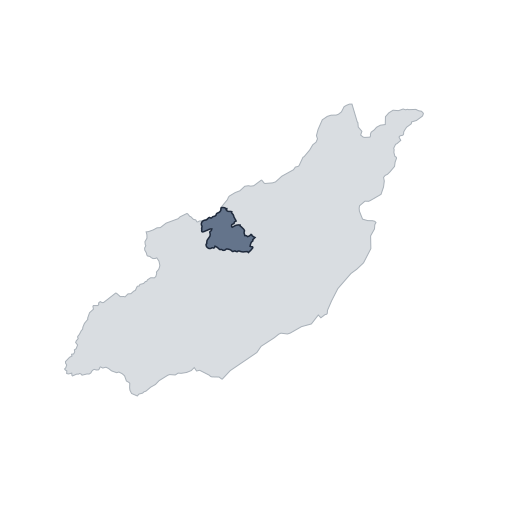 Bulgan highlighted on a map of Mongolia, rotated 319°
{"feature_id": "MNG-3323", "entity_name": "Bulgan", "entity_type": "Province", "adm_level": 1, "iso_a3": "MNG", "parent_name": "Mongolia", "parent_adm1": "", "projection": "robinson", "projection_center": [103.32, 48.825], "detail": "fine", "context": "in_parent", "style": "filled", "palette": "slate", "viewbox_px": 512, "rotation_deg": 319, "n_neighbors": 0, "source": "natural_earth", "source_scale": "10m", "svg_char_len": 7226}
<svg xmlns="http://www.w3.org/2000/svg" viewBox="0 0 512 512"><g transform="rotate(319 256 256)"><path d="M37.4,215.7L39.0,215.6L41.6,214.1L42.0,211.9L42.9,210.7L48.9,210.1L51.5,210.8L52.1,209.4L52.6,209.2L54.0,210.3L55.4,209.8L56.4,209.3L57.3,207.7L59.4,208.0L63.0,206.1L63.1,203.0L64.5,202.2L67.7,201.6L68.2,200.1L68.9,199.7L71.2,199.3L75.2,197.7L77.1,197.5L78.7,196.1L82.3,194.3L87.7,193.4L88.1,192.5L93.2,189.6L98.4,189.5L99.9,187.0L100.7,186.7L104.2,189.7L105.7,189.3L106.3,188.2L108.5,188.2L109.3,190.3L110.5,191.1L125.8,191.9L126.3,192.7L126.9,197.6L129.6,199.8L130.3,200.9L134.5,200.6L136.9,202.4L140.6,202.3L142.4,202.8L146.1,201.1L146.9,201.1L148.0,202.0L149.8,201.3L153.1,203.0L155.7,202.7L156.9,203.4L158.5,202.8L162.2,203.3L165.1,205.9L167.1,205.7L169.6,204.0L170.3,202.8L173.9,202.2L176.0,201.0L177.3,200.0L179.4,196.2L179.9,192.3L178.2,191.7L176.6,190.4L175.8,188.3L175.7,186.9L174.1,184.7L174.3,183.6L175.3,181.7L175.9,178.6L177.2,176.9L179.6,176.0L179.9,174.7L181.5,172.4L185.4,171.0L187.6,168.4L188.9,165.7L190.7,167.0L195.6,168.9L199.8,169.8L202.4,171.8L209.7,172.2L221.8,176.8L224.3,176.6L231.5,178.5L232.1,179.2L232.0,182.7L232.6,183.6L232.8,187.3L234.2,189.2L233.8,191.4L234.4,192.1L236.2,192.4L239.1,194.8L245.5,196.4L247.4,197.9L251.9,199.0L254.1,198.3L257.9,198.7L259.2,198.4L261.6,196.7L263.1,196.1L271.5,194.7L273.8,193.5L275.4,193.3L282.0,194.5L286.6,196.2L293.3,196.0L296.4,198.0L297.8,199.8L300.4,201.5L309.7,202.2L310.1,202.6L310.0,206.6L310.4,207.2L316.5,211.7L319.4,212.9L327.8,212.7L340.9,215.5L344.0,214.7L346.8,216.1L347.9,216.0L356.2,212.3L357.5,212.6L366.2,211.2L371.8,209.3L376.0,209.5L379.3,207.9L380.6,204.8L385.9,201.2L395.4,196.7L401.4,197.4L405.1,199.0L408.9,202.2L411.1,203.1L415.0,203.3L420.5,201.1L423.4,201.7L426.2,202.7L428.1,204.3L420.4,221.2L420.4,222.2L417.8,225.7L417.7,231.4L414.3,233.4L414.9,236.6L415.8,237.8L419.9,241.0L421.1,240.6L422.2,239.2L424.2,238.1L428.1,238.4L431.4,237.9L435.7,238.9L439.8,241.6L445.1,235.8L450.2,235.1L455.1,235.9L458.9,239.8L463.5,241.6L464.8,243.8L466.6,244.7L467.2,245.7L472.8,250.2L474.1,253.2L475.8,255.2L476.0,257.4L475.7,258.4L473.5,259.6L466.0,259.0L461.4,256.9L459.9,258.1L454.1,257.6L450.9,258.5L448.8,259.3L447.5,260.7L446.6,261.1L445.6,261.0L443.8,259.9L442.3,259.9L441.9,260.2L441.1,263.7L436.2,263.7L434.6,263.3L430.6,265.0L430.0,266.4L428.0,268.3L426.2,271.9L426.7,273.5L426.2,274.4L422.6,276.4L419.3,279.3L412.2,280.4L408.8,280.6L406.3,279.9L403.8,280.4L402.0,283.6L397.5,287.6L390.8,291.5L378.5,289.1L376.9,288.6L374.2,286.1L367.1,286.0L365.1,287.7L363.4,290.1L360.6,298.1L363.6,302.7L367.0,305.7L368.4,307.7L368.5,309.5L366.2,310.3L363.2,313.3L355.7,316.0L347.5,325.8L332.7,331.7L323.5,332.1L316.2,331.5L296.4,334.3L283.7,339.4L274.3,343.9L272.2,346.0L271.2,346.3L269.5,345.5L264.4,345.2L264.3,341.4L253.2,343.6L244.1,339.2L231.2,336.6L228.6,335.5L224.2,330.6L221.9,329.9L216.2,329.7L200.6,327.5L193.3,329.4L161.4,325.6L149.8,326.8L149.4,326.3L148.7,323.1L143.4,318.3L142.7,317.1L142.5,315.2L138.5,305.3L135.7,303.8L136.2,299.7L132.0,300.0L127.3,298.4L122.6,295.5L120.4,293.3L117.0,292.8L113.0,288.8L111.1,288.1L101.0,286.5L95.9,287.0L90.5,285.9L84.3,285.8L82.3,285.0L80.5,285.1L77.0,283.4L74.6,283.8L71.9,278.1L72.8,274.6L74.2,272.5L77.2,269.3L77.2,268.2L76.2,265.3L78.2,260.2L77.8,257.1L76.4,253.6L74.3,252.7L71.6,247.9L70.9,244.1L69.8,241.5L66.8,240.0L65.9,237.7L65.0,237.6L64.2,238.3L62.4,238.6L60.6,237.2L59.7,235.6L58.6,235.1L56.5,235.2L54.7,235.9L52.6,235.6L51.0,234.1L46.5,231.8L46.5,230.2L45.9,229.0L44.5,228.7L43.2,227.5L38.8,226.1L38.8,225.3L40.1,223.5L37.1,222.0L36.0,220.5L37.9,218.5L37.3,217.1L37.4,215.7Z" fill="#d9dde1" stroke="#a8b0b8" stroke-width="1"/><path d="M238.2,194.6L240.2,195.0L241.8,196.0L242.4,196.2L243.0,196.3L245.1,196.1L246.1,196.3L246.6,197.2L246.7,197.7L247.1,198.0L247.5,198.1L248.8,198.0L249.2,198.0L249.7,198.2L250.5,198.7L251.4,199.0L252.3,199.1L253.9,198.2L254.7,198.2L256.5,198.8L257.3,198.9L258.4,198.8L259.5,198.4L260.1,197.8L260.4,197.4L261.1,197.0L261.5,196.7L262.8,197.6L263.8,198.8L264.0,199.0L264.2,199.6L264.3,199.9L264.3,200.5L265.1,201.1L265.0,201.3L264.9,201.4L264.7,201.5L264.4,201.6L263.8,201.6L263.8,202.5L263.8,203.1L263.9,203.4L264.1,203.8L264.6,204.4L266.1,205.7L266.4,206.1L266.8,206.7L265.9,207.4L265.9,209.2L265.9,209.7L265.8,210.1L265.5,211.0L265.2,211.6L264.9,212.2L264.7,213.3L264.4,214.5L264.2,215.8L263.9,216.6L263.2,216.4L262.9,216.3L262.3,216.2L262.0,216.2L261.7,216.3L260.7,217.1L258.8,216.5L258.3,216.4L257.7,216.8L256.9,217.8L256.9,218.7L259.4,219.3L260.2,219.4L261.0,219.7L261.4,219.9L262.0,220.2L262.6,220.7L263.3,221.1L263.7,221.6L264.3,222.1L264.2,222.2L264.1,222.4L263.9,222.6L264.0,222.7L263.8,223.0L264.0,224.2L264.1,224.9L264.2,226.4L264.3,227.7L264.2,228.4L264.0,229.2L263.8,229.5L263.7,229.6L262.9,230.0L262.4,230.5L261.9,231.2L261.6,232.0L261.4,232.4L260.9,233.2L261.5,233.7L262.1,234.6L262.2,234.9L262.3,235.8L262.9,236.1L263.7,236.4L264.5,236.5L265.9,236.6L266.0,236.5L266.2,236.4L266.4,236.4L266.5,236.5L266.6,236.8L266.7,237.2L266.4,237.4L266.4,238.3L266.5,238.8L267.1,240.7L267.4,241.4L266.0,241.5L264.2,241.6L264.0,242.0L263.6,242.5L262.5,242.5L261.8,242.5L261.5,242.6L260.9,242.8L259.1,243.8L258.5,244.3L257.9,244.7L258.2,245.4L258.3,245.6L258.5,245.8L258.8,246.1L259.2,246.5L259.3,246.7L259.4,246.9L259.3,247.1L259.0,247.7L258.0,247.9L256.3,248.2L255.1,248.4L254.8,248.3L254.4,248.3L254.0,248.3L253.6,248.3L252.6,248.5L252.5,247.8L252.3,247.0L251.4,246.2L250.8,245.8L249.9,245.1L249.3,244.8L248.8,244.3L248.3,243.8L248.0,243.4L247.5,242.8L247.2,242.2L246.8,241.5L246.1,240.8L245.8,240.6L245.5,240.5L245.2,240.4L244.5,240.4L244.2,239.9L243.7,239.1L243.6,238.8L243.5,238.3L242.7,238.0L241.8,237.6L241.5,237.5L241.3,237.3L241.2,237.1L241.1,236.8L241.0,235.6L240.8,234.7L240.6,234.3L240.3,233.7L239.9,233.2L239.6,232.7L238.9,231.9L238.3,231.3L237.5,231.2L236.8,231.2L236.5,231.2L236.2,231.1L235.3,230.5L235.1,230.3L234.7,229.9L234.5,229.0L234.3,228.5L234.0,228.2L233.4,227.8L233.1,227.6L232.9,227.4L232.8,227.1L232.7,226.7L232.7,226.3L232.7,226.0L232.4,224.0L231.9,222.5L231.5,221.7L230.9,222.0L230.4,222.3L230.0,222.4L229.7,222.4L229.4,222.3L229.2,222.2L228.9,221.6L228.7,221.4L228.4,221.0L228.1,220.9L227.9,220.8L227.6,220.8L227.1,220.7L226.4,220.4L226.1,220.1L225.8,219.9L225.4,219.4L225.2,219.1L225.0,218.5L225.0,218.3L224.8,217.2L224.8,216.8L224.8,216.5L224.9,216.2L225.4,215.1L225.6,214.9L226.0,214.4L226.6,214.4L226.8,214.3L227.1,214.2L227.5,213.8L227.6,213.6L227.8,213.3L228.4,212.9L228.9,212.4L229.2,212.2L229.5,212.1L230.3,211.8L231.3,211.6L231.9,211.4L232.5,211.3L233.6,211.0L234.2,210.8L234.4,210.7L235.0,210.2L235.6,209.7L236.1,208.9L236.6,207.9L236.7,207.7L236.8,207.6L237.1,207.5L237.4,207.4L237.6,207.4L238.4,207.5L238.7,207.5L238.8,207.5L239.3,207.3L240.4,206.6L239.9,206.1L239.5,205.8L238.5,205.3L237.4,204.9L236.4,204.7L234.6,204.0L233.5,203.7L232.4,203.3L231.7,202.9L231.3,202.6L231.2,202.2L231.2,201.9L231.4,201.6L231.6,201.2L232.2,200.7L232.8,200.1L232.8,199.8L233.2,199.4L233.6,199.2L233.8,198.9L234.1,198.7L234.6,198.3L234.7,198.2L235.0,197.6L235.1,196.9L235.2,196.7L235.4,196.4L235.5,196.2L236.0,195.7L236.6,195.3L237.5,194.9L238.2,194.6L238.2,194.6Z" fill="#64748b" stroke="#1e293b" stroke-width="1.5"/></g></svg>